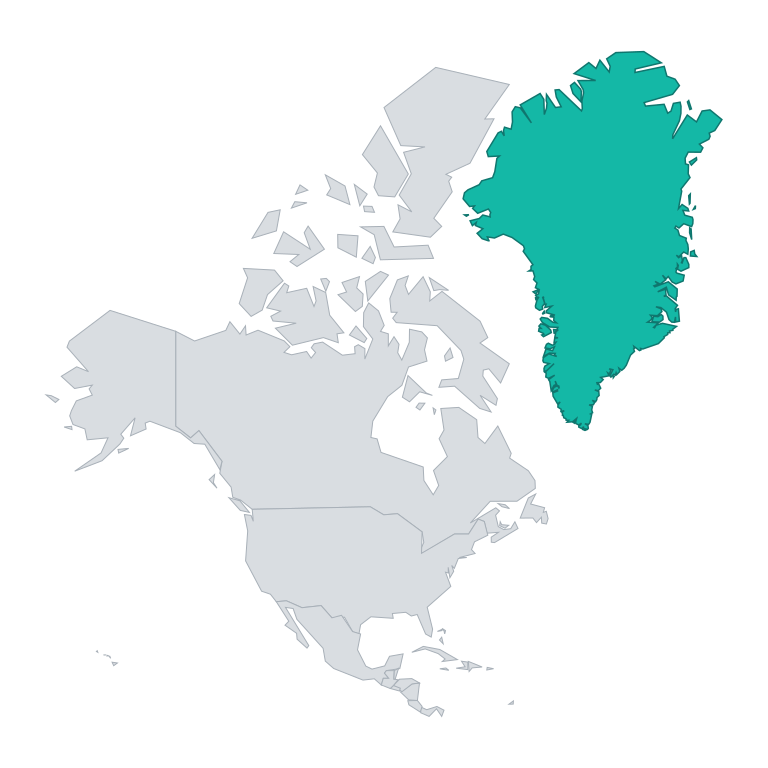 Greenland highlighted on a map of North America
{"feature_id": "GRL", "entity_name": "Greenland", "entity_type": "country or territory", "adm_level": 0, "iso_a3": "GRL", "parent_name": "North America", "parent_adm1": "", "projection": "mercator", "projection_center": [-41.68, 71.708], "detail": "fine", "context": "in_parent", "style": "filled", "palette": "teal", "viewbox_px": 768, "rotation_deg": 0, "n_neighbors": 17, "source": "natural_earth", "source_scale": "50m", "svg_char_len": 14306}
<svg xmlns="http://www.w3.org/2000/svg" viewBox="0 0 768 768"><path d="M252.2,509.3L240.5,500.0L232.8,497.3L231.1,487.1L219.8,473.3L222.0,461.3L198.9,430.6L190.6,437.9L175.7,426.2L175.7,331.3L194.6,341.0L225.8,330.4L229.9,321.7L239.9,334.1L245.5,325.8L246.1,335.0L258.0,330.2L284.2,340.9L289.9,346.7L284.0,352.4L291.6,354.8L306.6,351.5L311.1,358.1L315.6,352.5L311.3,347.7L314.1,343.8L322.6,342.1L342.4,355.2L355.1,353.7L354.6,346.7L358.3,344.7L364.9,348.6L364.8,359.1L372.8,339.0L363.4,326.6L363.7,312.6L368.7,302.9L378.5,310.9L384.2,325.4L380.5,331.4L388.3,333.8L388.3,345.9L394.0,336.7L399.0,344.3L397.7,352.7L401.8,360.1L409.3,342.3L409.5,329.2L421.8,331.9L427.4,337.9L424.5,349.8L427.0,361.1L408.5,367.0L401.9,385.3L387.7,396.6L372.8,421.1L370.9,437.5L377.1,438.9L381.0,452.4L423.2,467.0L423.9,480.5L433.2,494.8L438.7,485.5L433.5,470.5L447.4,456.6L439.1,438.7L444.0,430.0L440.8,408.5L458.8,407.4L476.7,419.7L478.0,437.5L484.9,443.5L497.8,426.0L511.2,453.3L509.6,458.1L528.4,470.8L535.0,480.6L535.3,488.4L517.0,501.2L490.2,501.3L470.3,523.0L495.8,507.8L499.5,510.9L495.6,515.2L498.3,526.6L503.8,529.6L510.7,528.7L514.9,521.8L518.0,528.5L494.5,542.6L491.3,542.2L491.2,537.2L498.5,532.3L487.0,533.2L484.3,521.5L478.2,519.1L468.6,534.0L454.5,534.0L422.5,553.3L419.6,551.6L423.8,542.4L422.1,531.9L397.5,513.7L383.7,514.8L370.3,506.8L252.2,509.3ZM416.0,407.3L419.1,403.1L424.9,403.2L419.9,410.0L416.0,407.3ZM433.8,290.6L429.3,277.6L448.6,290.3L439.6,289.6L433.8,290.6ZM434.3,414.7L433.1,407.9L435.9,410.0L434.3,414.7ZM375.4,257.5L373.1,263.7L361.9,258.3L370.2,246.4L375.4,257.5ZM374.5,212.3L364.6,211.6L363.5,206.1L372.0,206.4L374.5,212.3ZM354.3,184.4L367.2,194.1L359.8,205.8L354.3,184.4ZM433.5,258.4L380.4,259.8L374.2,234.7L360.6,226.9L383.9,226.4L394.1,247.0L428.1,245.2L433.5,258.4ZM294.8,201.7L307.0,202.8L291.4,208.1L294.8,201.7ZM300.0,184.9L307.8,190.2L295.6,194.3L300.0,184.9ZM535.7,494.0L530.6,504.0L544.6,507.7L543.3,512.4L546.3,511.3L548.1,518.6L546.4,524.0L541.7,523.1L541.4,517.2L536.5,522.6L532.9,518.0L520.2,518.1L528.3,498.0L535.7,494.0ZM408.0,375.6L426.3,393.0L432.4,395.4L419.7,391.8L409.5,401.8L402.4,397.2L408.0,375.6ZM429.7,301.0L442.0,291.4L480.1,321.2L487.8,337.6L480.0,343.0L509.3,363.8L500.6,383.0L488.8,368.8L483.3,370.1L482.8,376.1L497.4,398.6L496.0,405.3L480.1,395.3L491.1,412.0L479.7,408.4L454.6,386.2L438.9,387.3L441.7,379.9L458.3,378.5L463.8,359.2L461.0,350.5L437.2,325.7L396.2,322.6L392.7,318.2L397.1,312.3L391.1,312.2L389.8,298.6L397.4,279.9L408.3,275.9L405.1,285.5L408.5,294.4L423.1,276.7L430.3,291.8L429.7,301.0ZM365.3,281.4L380.5,271.4L388.5,275.1L367.8,301.0L365.3,281.4ZM252.1,238.3L268.0,212.4L280.2,209.8L276.4,230.9L252.1,238.3ZM209.1,479.6L214.6,474.5L213.4,482.6L217.0,488.2L209.1,479.6ZM325.3,174.8L345.0,186.0L349.9,204.6L326.7,194.9L330.7,188.6L325.3,174.8ZM249.4,512.4L240.3,510.4L228.9,497.7L239.9,500.8L249.4,512.4ZM243.4,268.4L274.5,270.1L283.1,280.8L267.5,294.6L262.2,310.1L251.1,316.4L239.2,303.6L247.6,277.8L243.4,268.4ZM308.1,226.1L324.4,249.2L297.0,266.5L290.0,261.7L298.8,254.5L273.8,253.5L283.6,231.8L310.3,249.3L304.2,232.7L308.1,226.1ZM313.1,286.5L325.7,292.5L329.7,315.2L343.9,332.8L337.0,333.8L338.3,342.7L323.4,337.6L292.4,345.2L275.4,328.2L296.2,323.2L273.0,321.0L270.8,316.3L280.6,311.1L266.7,307.8L284.5,283.2L288.8,286.0L286.7,292.7L306.7,288.3L314.0,306.5L316.1,300.9L313.1,286.5ZM346.6,292.0L342.0,282.5L359.5,276.6L356.7,287.9L363.1,294.0L362.3,306.4L355.4,311.5L338.0,294.7L346.6,292.0ZM320.7,279.0L326.3,278.4L329.5,281.6L325.8,291.2L320.7,279.0ZM337.7,234.4L358.0,235.8L356.3,257.2L337.9,247.8L337.7,234.4ZM362.4,154.6L380.5,125.8L408.3,174.0L394.7,196.9L378.5,195.7L374.0,187.0L377.4,173.0L362.4,154.6ZM384.0,107.5L435.7,67.4L509.3,84.5L484.8,119.0L494.0,118.8L470.0,163.2L445.9,174.3L451.7,177.2L448.7,181.2L452.2,191.8L433.8,218.3L441.7,226.4L430.4,237.2L392.8,231.9L400.1,218.9L398.0,204.8L411.8,211.9L399.2,195.1L411.3,173.8L403.6,152.3L425.0,146.9L400.8,145.6L384.0,107.5ZM453.0,357.5L445.5,361.2L444.5,355.9L450.1,348.0L453.0,357.5ZM356.0,326.0L366.8,338.5L364.2,342.6L349.4,335.0L356.0,326.0ZM498.1,503.6L505.1,504.7L509.5,508.6L502.0,506.7L498.1,503.6ZM500.2,521.7L501.7,524.7L508.7,525.3L505.0,528.2L499.7,525.6L500.2,521.7Z" fill="#d9dde1" stroke="#a8b0b8" stroke-width="1"/><path d="M252.2,509.3L370.3,506.8L383.7,514.8L397.5,513.7L422.1,531.9L421.5,553.3L454.5,534.0L468.6,534.0L478.2,519.1L484.3,521.5L487.8,535.2L474.5,541.8L471.5,549.6L475.1,553.5L459.3,557.5L466.8,557.5L458.3,558.5L454.3,568.4L451.7,565.4L453.7,571.3L449.9,577.7L448.2,567.3L448.3,573.0L445.5,572.2L450.8,586.4L427.2,607.2L432.6,629.2L431.2,637.1L425.6,634.0L417.2,614.5L411.3,616.0L405.8,612.3L392.4,613.5L393.2,618.3L370.9,616.8L360.6,624.7L358.9,634.1L352.6,631.6L344.5,617.2L331.9,617.8L321.1,605.6L302.0,607.7L286.4,600.8L276.3,601.7L270.4,594.2L261.6,591.2L245.6,560.9L247.7,530.9L244.4,514.5L251.0,515.4L253.3,521.3L252.2,509.3ZM175.7,331.3L175.7,426.2L190.6,437.9L198.9,430.6L222.0,461.3L219.8,469.6L204.8,444.2L194.1,443.5L180.4,432.7L149.9,421.2L145.2,423.1L146.1,429.0L130.5,435.8L135.1,417.8L120.8,434.2L123.8,438.2L119.9,444.0L102.1,460.7L74.7,471.2L101.1,452.9L108.0,437.8L87.2,439.8L84.9,428.9L73.0,424.5L69.7,415.9L71.4,410.7L76.3,400.9L92.3,395.1L89.1,388.9L92.3,385.1L74.6,388.5L61.3,376.3L76.7,366.8L88.5,371.7L67.0,347.2L69.4,341.1L110.0,310.4L175.7,331.3ZM46.1,394.9L51.3,395.7L58.9,399.5L55.4,402.5L46.1,394.9ZM112.1,662.2L117.4,663.0L113.7,665.7L112.1,662.2ZM109.8,656.3L110.7,658.3L109.4,656.7L109.8,656.3ZM107.1,655.3L109.1,656.0L106.8,655.9L107.1,655.3ZM103.4,654.9L105.4,654.9L105.2,655.1L103.4,654.9ZM97.2,650.7L97.8,652.3L96.4,651.5L97.2,650.7ZM64.1,427.0L71.6,426.3L72.0,429.6L64.1,427.0ZM118.0,449.4L128.7,448.4L118.7,453.1L118.0,449.4Z" fill="#d9dde1" stroke="#a8b0b8" stroke-width="1"/><path d="M467.8,662.1L467.8,669.6L456.2,668.2L465.1,666.8L461.5,661.2L467.8,662.1Z" fill="#d9dde1" stroke="#a8b0b8" stroke-width="1"/><path d="M469.1,671.5L468.3,661.4L482.1,667.0L472.2,667.9L469.1,671.5Z" fill="#d9dde1" stroke="#a8b0b8" stroke-width="1"/><path d="M437.4,631.4L441.9,629.4L442.0,630.6L437.4,631.4ZM442.1,628.4L445.5,630.6L444.7,633.9L444.0,630.9L442.1,628.4ZM439.5,640.0L441.7,637.2L443.2,643.8L439.5,640.0Z" fill="#d9dde1" stroke="#a8b0b8" stroke-width="1"/><path d="M276.3,601.7L286.4,600.8L302.0,607.7L321.1,605.6L331.9,617.8L341.5,615.3L352.6,631.6L360.6,634.0L357.5,649.8L365.8,666.1L372.0,669.1L384.7,665.9L389.5,656.3L403.1,653.9L399.8,668.6L386.4,670.6L384.5,673.1L388.7,678.3L383.3,678.3L381.3,685.0L374.3,678.8L363.0,680.1L333.7,668.5L325.3,661.1L323.1,648.3L296.9,619.3L293.1,608.5L285.5,607.4L308.8,645.6L307.0,648.1L297.1,639.2L296.6,633.3L285.0,625.2L288.8,621.2L276.3,601.7Z" fill="#d9dde1" stroke="#a8b0b8" stroke-width="1"/><path d="M444.0,710.2L441.7,716.4L436.5,708.8L429.1,716.4L420.8,712.8L420.4,706.8L426.7,709.7L436.9,706.5L444.0,710.2Z" fill="#d9dde1" stroke="#a8b0b8" stroke-width="1"/><path d="M422.1,706.4L420.3,712.1L408.9,704.8L407.8,700.7L417.4,700.5L422.1,706.4Z" fill="#d9dde1" stroke="#a8b0b8" stroke-width="1"/><path d="M417.4,700.5L408.7,699.9L400.5,692.0L412.1,683.9L419.5,683.0L417.4,700.5Z" fill="#d9dde1" stroke="#a8b0b8" stroke-width="1"/><path d="M419.5,683.0L412.1,683.9L402.0,691.7L393.4,685.5L399.5,679.2L411.8,678.6L419.5,683.0Z" fill="#d9dde1" stroke="#a8b0b8" stroke-width="1"/><path d="M393.4,685.5L400.3,688.2L399.5,691.0L390.3,688.5L393.4,685.5Z" fill="#d9dde1" stroke="#a8b0b8" stroke-width="1"/><path d="M381.3,685.0L383.3,678.3L388.7,678.3L384.5,673.1L386.4,670.6L394.3,670.6L393.9,679.1L398.1,679.8L393.4,685.5L390.3,688.5L381.3,685.0Z" fill="#d9dde1" stroke="#a8b0b8" stroke-width="1"/><path d="M394.3,670.6L398.6,668.2L395.2,679.1L393.9,679.1L394.3,670.6Z" fill="#d9dde1" stroke="#a8b0b8" stroke-width="1"/><path d="M487.2,667.4L493.6,668.7L486.8,670.0L487.2,667.4Z" fill="#d9dde1" stroke="#a8b0b8" stroke-width="1"/><path d="M439.8,668.8L445.9,668.0L448.8,670.3L439.8,668.8Z" fill="#d9dde1" stroke="#a8b0b8" stroke-width="1"/><path d="M423.3,646.4L439.8,649.5L457.4,659.6L442.3,661.5L445.1,659.0L438.2,653.6L425.2,648.9L411.8,652.3L423.3,646.4Z" fill="#d9dde1" stroke="#a8b0b8" stroke-width="1"/><path d="M508.9,704.2L513.4,700.9L513.2,704.1L508.9,704.2Z" fill="#d9dde1" stroke="#a8b0b8" stroke-width="1"/><path d="M643.8,51.6L661.3,62.8L635.2,69.0L635.0,72.5L664.2,66.4L666.9,76.2L675.1,79.2L679.4,85.6L672.6,94.3L644.1,102.6L645.5,106.1L664.1,104.3L667.7,113.2L671.0,111.1L673.4,103.4L680.1,102.2L681.0,106.3L680.9,113.4L679.4,120.8L672.8,134.8L672.6,138.8L687.3,115.0L696.5,121.9L702.1,111.0L710.0,109.9L721.9,119.6L714.8,130.5L709.2,133.1L710.1,136.3L708.9,139.2L699.4,144.1L702.9,147.8L700.6,152.2L688.2,152.1L685.1,158.2L685.5,163.9L688.5,164.8L688.2,173.8L690.0,177.6L681.0,189.0L681.7,191.2L678.5,208.6L682.1,204.5L687.9,208.4L688.7,211.0L682.9,210.4L684.8,215.2L692.3,217.3L693.0,219.7L692.8,223.7L691.6,226.6L683.7,223.7L679.0,228.0L675.9,226.1L674.8,228.1L677.9,230.1L679.5,235.5L686.3,238.2L685.9,240.4L687.8,244.5L688.3,249.0L687.8,254.2L683.7,252.0L678.8,256.8L676.4,255.2L678.6,257.7L681.6,255.9L682.4,260.3L681.4,262.7L682.1,263.0L684.0,257.6L685.8,257.6L688.8,264.4L688.8,267.6L681.0,271.2L677.5,269.2L678.3,265.4L677.4,264.1L677.5,266.9L675.9,268.5L676.5,269.8L675.9,272.0L676.8,273.1L684.2,275.2L683.1,281.0L675.9,283.9L672.1,282.0L668.2,276.5L666.1,278.9L662.5,275.2L665.6,279.9L660.2,284.1L655.1,281.4L658.2,284.2L653.9,285.8L654.8,286.8L668.3,281.8L677.2,289.0L677.0,296.3L676.2,297.1L676.1,300.2L668.6,294.9L666.3,287.2L657.7,291.8L665.5,289.2L666.0,294.8L663.8,296.4L666.5,296.0L677.5,305.3L675.2,308.5L675.3,310.1L675.6,311.9L676.1,309.4L678.4,308.8L679.4,321.2L675.7,322.0L675.5,316.9L674.4,322.3L671.7,322.1L669.0,319.6L666.5,312.2L661.0,307.6L655.9,306.8L661.1,308.8L661.9,311.6L657.4,315.7L650.4,315.2L652.1,317.2L651.4,319.5L647.5,322.2L658.3,322.8L653.6,327.4L654.6,327.8L656.1,325.2L662.5,323.3L676.5,326.4L672.8,329.2L672.9,330.3L669.5,331.0L670.0,332.7L667.7,332.8L667.7,334.5L663.9,336.7L664.3,337.8L658.4,343.6L642.8,349.0L640.6,348.4L641.0,349.9L639.5,350.6L633.8,346.3L634.4,348.4L633.6,348.9L634.5,351.4L630.5,355.1L626.3,365.2L624.1,368.3L621.7,370.3L618.9,368.2L619.9,371.4L616.7,374.6L616.1,372.8L615.5,375.0L613.8,374.2L610.9,377.1L609.9,375.9L612.9,369.7L609.2,368.8L610.9,370.1L609.3,373.9L607.7,372.8L609.0,375.8L600.7,377.4L603.2,379.6L600.4,382.5L596.9,382.7L597.4,384.3L598.7,383.9L600.7,388.2L598.2,390.7L594.8,389.9L598.8,391.6L599.1,395.5L597.0,397.5L596.8,399.7L595.6,401.7L592.3,400.3L594.6,402.5L593.4,404.7L589.1,404.9L592.4,406.3L591.7,410.0L592.6,412.7L590.6,413.9L591.7,414.3L590.0,422.3L588.6,424.4L584.9,423.7L587.9,425.5L588.3,428.3L587.5,429.4L584.8,428.6L586.0,430.0L585.0,430.4L582.8,429.5L583.6,426.5L582.0,428.7L578.8,427.1L578.8,425.6L580.5,424.9L581.4,423.1L578.8,425.0L576.0,423.6L575.6,422.2L576.7,418.3L572.5,421.8L567.0,422.2L568.7,420.3L566.1,420.2L565.9,418.6L563.8,417.8L563.3,415.7L562.3,415.1L562.7,414.2L561.9,412.4L564.2,410.7L560.9,411.4L561.2,409.3L557.9,407.1L558.0,404.8L560.2,401.9L557.6,403.9L553.1,396.2L552.8,392.8L558.2,390.8L557.2,390.8L557.4,389.8L552.8,391.9L552.1,390.8L554.1,387.4L556.4,386.2L557.8,386.2L559.3,388.5L558.8,386.0L557.1,385.4L555.2,381.0L556.3,385.0L554.1,386.7L554.5,385.2L554.0,385.4L551.2,390.7L549.8,381.5L548.6,379.7L554.7,375.2L548.5,378.4L545.8,377.0L546.2,373.1L545.0,372.4L554.1,363.6L546.5,370.8L544.1,371.3L544.0,368.5L544.9,366.1L549.2,363.6L543.7,362.4L542.9,360.8L543.3,357.7L548.7,353.9L556.7,356.5L554.4,354.7L555.2,353.4L549.4,353.1L543.5,356.3L546.0,348.9L552.6,350.7L554.4,346.9L550.0,348.8L545.0,347.9L546.5,344.3L548.3,343.2L552.4,345.2L554.5,344.4L555.9,342.2L554.0,342.8L554.7,338.3L558.0,337.8L554.8,337.3L555.9,331.8L557.8,330.2L557.2,328.5L557.9,327.4L549.8,327.0L542.4,322.5L540.2,319.0L541.7,317.4L547.5,318.3L552.9,322.3L556.4,322.8L553.7,320.4L554.0,317.0L551.8,315.0L555.0,315.1L546.6,312.8L546.2,311.0L551.8,306.1L544.8,307.5L546.0,304.4L545.2,304.7L543.2,297.8L543.9,296.8L542.7,297.4L544.7,303.3L542.3,306.4L542.6,309.1L539.5,310.3L535.7,307.8L535.4,306.0L536.9,300.3L538.9,296.9L535.8,299.4L535.5,297.7L537.0,296.9L535.7,295.5L538.5,293.9L539.3,289.6L535.4,287.7L537.0,283.0L533.6,279.6L534.7,276.6L533.0,270.9L528.8,271.0L531.0,269.6L531.0,266.3L532.9,264.7L523.2,251.3L524.5,248.8L523.4,245.7L512.1,237.5L503.3,234.1L494.5,238.0L487.3,236.9L489.0,240.7L488.4,240.8L482.1,238.7L477.1,233.3L482.9,228.7L475.4,225.5L476.3,222.4L472.4,225.6L470.1,220.8L479.3,218.5L482.8,215.0L490.2,216.9L489.9,214.8L490.7,212.4L488.4,209.0L477.7,213.3L472.6,208.4L474.5,205.9L469.6,206.5L463.1,198.8L464.5,192.8L468.0,189.8L479.2,184.7L481.8,180.8L492.6,177.7L494.8,171.7L496.9,158.4L499.5,156.0L488.3,156.6L486.8,151.5L498.1,132.9L501.4,131.3L504.2,135.9L503.5,130.6L504.5,127.2L511.1,129.2L512.5,122.0L512.1,111.9L515.3,106.7L520.2,107.8L531.4,122.9L520.2,104.9L540.1,93.5L543.8,99.3L544.3,114.6L546.5,108.2L547.0,103.1L546.2,100.7L546.5,94.4L555.5,107.5L561.2,106.8L556.3,97.0L555.1,90.0L559.1,89.6L581.5,110.9L582.3,108.8L581.9,101.1L583.6,92.9L583.2,89.6L578.0,80.6L595.7,80.5L574.1,73.6L588.8,62.6L596.0,68.5L599.9,60.2L609.2,72.0L610.2,66.3L606.7,58.8L615.8,52.6L643.8,51.6ZM545.4,325.2L550.7,330.1L551.3,332.6L543.5,336.7L541.7,335.0L543.9,334.2L543.2,333.3L538.6,331.2L539.1,328.3L541.1,328.4L538.9,326.1L540.9,323.8L545.4,325.2ZM662.9,316.1L663.0,319.6L659.6,322.1L651.9,321.7L653.7,316.2L657.9,316.7L661.2,314.5L662.9,316.1ZM580.9,101.8L573.0,93.5L570.5,85.5L574.5,82.4L580.7,89.3L581.4,91.8L580.9,101.8ZM696.7,159.9L691.4,165.1L689.4,162.0L696.4,157.7L696.7,159.9ZM694.2,250.4L694.7,253.8L696.8,256.5L690.4,256.0L690.6,251.9L694.2,250.4ZM691.7,239.6L689.6,232.7L689.7,227.9L691.1,228.9L691.7,239.6ZM538.1,290.8L535.8,294.0L533.1,291.8L537.3,290.1L538.1,290.8ZM691.4,108.9L689.9,109.5L687.4,101.9L688.7,100.6L691.4,108.9ZM555.0,333.2L554.1,333.2L553.6,329.5L556.4,329.6L555.0,333.2ZM690.0,203.3L689.4,204.0L688.7,195.7L690.3,194.0L690.0,203.3ZM468.9,214.7L466.4,216.2L464.5,214.9L468.9,214.7ZM544.8,313.1L542.9,314.0L542.6,313.4L544.2,311.2L544.8,313.1ZM695.3,208.6L693.3,209.4L695.5,205.6L695.3,208.6ZM575.3,420.7L574.5,423.2L572.8,422.2L575.3,420.7ZM552.2,317.0L550.4,316.8L550.2,316.3L551.0,315.4L552.2,317.0ZM614.3,376.3L613.3,377.7L613.2,376.0L614.3,376.3Z" fill="#14b8a6" stroke="#0f766e" stroke-width="1.5"/></svg>